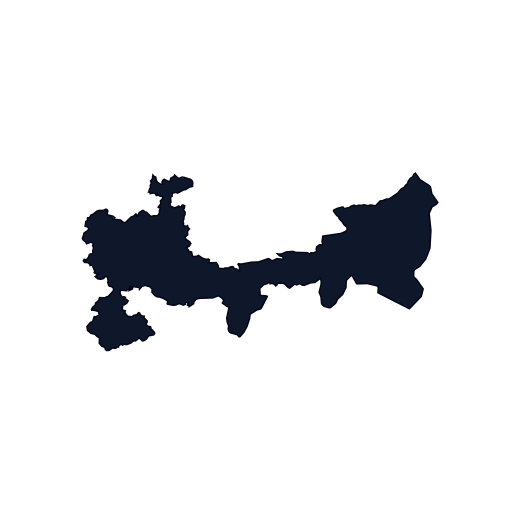 SVG path tracing the border of Gansu, rotated 136°
{"feature_id": "CHN-1150", "entity_name": "Gansu", "entity_type": "Province", "adm_level": 1, "iso_a3": "CHN", "parent_name": "China", "parent_adm1": "", "projection": "albers", "projection_center": [103.309, 37.691], "detail": "fine", "context": "isolated", "style": "filled", "palette": "ink", "viewbox_px": 512, "rotation_deg": 136, "n_neighbors": 0, "source": "natural_earth", "source_scale": "10m", "svg_char_len": 6157}
<svg xmlns="http://www.w3.org/2000/svg" viewBox="0 0 512 512"><g transform="rotate(136 256 256)"><path d="M165.2,112.1L182.3,111.5L193.8,144.9L189.7,148.5L189.6,150.4L195.2,159.0L202.7,165.8L202.7,166.8L200.3,175.8L208.1,175.7L213.1,170.9L220.3,168.2L227.4,168.3L231.1,166.8L233.2,166.7L238.4,167.2L239.4,168.0L242.0,172.6L242.2,174.6L241.9,176.2L237.7,181.4L235.7,186.1L229.3,190.1L227.2,191.9L224.9,195.2L232.0,196.0L235.4,198.8L241.7,201.4L243.0,202.9L243.6,205.6L246.9,207.0L247.6,208.9L254.1,209.5L254.8,211.2L254.7,215.3L255.4,217.5L259.1,221.0L260.3,221.2L261.5,220.5L262.6,220.8L262.4,223.0L263.6,225.2L265.2,226.2L264.5,227.3L264.8,227.9L266.8,228.2L270.4,230.0L275.9,230.0L280.3,224.8L275.9,219.5L276.0,219.0L288.3,214.8L289.6,214.8L292.6,216.5L300.6,218.2L304.3,215.3L311.4,211.6L317.6,209.6L323.5,209.1L324.3,209.5L324.2,212.5L327.8,218.6L327.8,220.5L326.6,223.0L324.4,224.4L322.7,228.3L320.4,231.5L310.9,238.0L312.0,240.3L312.9,245.5L309.8,246.7L309.8,249.6L310.6,253.5L316.2,255.9L325.8,264.6L328.9,266.5L332.5,266.2L334.0,265.0L339.3,266.0L338.5,266.9L339.5,268.2L337.5,269.7L337.6,270.8L339.1,271.4L340.4,270.3L342.5,271.2L343.9,274.5L345.0,275.5L347.8,276.5L349.8,278.0L353.1,282.8L353.1,283.3L351.1,284.6L350.9,285.8L352.1,289.8L353.8,293.3L355.6,295.6L356.3,298.4L356.1,302.1L353.8,304.2L353.6,307.3L356.2,311.9L359.2,313.4L362.9,313.0L362.1,313.9L362.2,314.8L365.4,319.0L366.1,319.2L367.8,318.1L371.1,319.3L367.1,320.3L366.7,320.8L367.1,321.4L369.4,320.7L373.4,321.1L376.6,324.9L378.1,325.2L380.0,323.1L380.5,321.1L380.6,319.1L379.2,318.4L378.7,317.0L380.9,316.7L379.4,315.1L379.1,312.5L381.8,311.8L384.8,312.5L385.7,313.3L389.7,310.2L388.1,307.4L390.2,306.2L389.6,305.4L390.2,304.6L390.0,301.6L387.3,298.3L385.5,298.4L382.4,296.6L379.9,296.9L379.3,295.7L380.0,294.4L379.6,291.9L378.2,290.4L379.5,289.2L379.4,284.8L380.6,283.9L382.0,283.8L382.8,281.9L382.7,280.9L381.0,278.3L382.3,276.1L381.9,274.3L382.3,271.2L382.8,270.6L384.5,270.4L388.5,273.0L393.1,272.4L395.7,273.0L396.7,273.8L396.9,278.2L401.7,278.6L402.8,280.0L406.1,280.2L410.5,282.0L412.0,284.1L413.9,284.6L414.2,286.2L416.9,286.9L418.1,286.0L418.9,286.7L421.3,287.3L423.1,289.5L427.3,290.2L429.2,291.9L429.3,293.4L428.2,295.3L429.6,298.3L429.3,302.2L425.4,306.0L426.2,308.1L426.3,311.7L428.4,314.9L428.9,319.5L426.6,322.7L421.2,323.3L420.0,322.5L418.6,322.6L414.5,324.8L413.7,323.7L409.1,322.3L409.0,324.1L407.7,325.1L409.9,329.0L411.9,331.2L411.6,331.8L409.2,332.6L405.7,332.4L404.1,333.6L399.8,333.3L397.5,334.8L393.7,330.9L391.4,330.3L390.6,329.6L383.0,330.0L380.9,331.6L381.2,334.3L382.5,336.3L382.3,337.4L381.1,339.9L379.7,340.8L377.4,344.2L378.6,345.9L381.3,345.7L383.9,347.1L385.7,349.5L386.0,352.9L383.1,352.5L381.8,352.9L383.1,353.5L384.0,356.4L382.6,357.0L380.4,362.5L380.7,363.7L382.0,364.4L381.2,365.5L381.6,368.1L383.8,370.5L383.5,372.5L381.9,373.0L380.8,371.4L380.0,371.1L377.6,371.4L374.8,372.8L373.6,372.5L372.8,371.4L371.0,371.5L370.0,373.1L367.2,374.7L366.3,377.1L364.5,377.8L364.4,379.0L365.2,380.6L369.4,382.5L368.8,384.3L369.2,387.8L368.8,389.1L363.6,392.0L359.2,391.2L357.6,391.8L356.7,393.3L358.3,396.1L354.4,399.1L352.6,398.6L350.7,400.5L349.1,399.3L346.1,400.1L343.9,399.2L339.6,398.9L337.6,398.1L333.9,394.7L331.4,394.0L330.9,392.7L331.2,391.6L331.9,390.8L333.4,390.4L334.1,388.5L331.2,384.0L330.9,381.6L333.3,380.5L331.1,379.3L328.3,375.8L328.2,373.0L327.6,371.6L326.4,370.8L318.7,370.8L315.9,369.6L313.3,369.8L313.0,369.3L313.9,367.0L313.5,366.7L310.0,368.4L306.2,367.7L305.3,366.9L305.4,364.9L304.3,363.6L304.2,357.5L301.2,355.8L298.9,353.2L295.5,354.1L294.2,355.6L291.4,357.1L291.1,357.7L292.5,358.5L292.5,359.1L288.4,359.6L286.3,362.2L284.2,362.0L281.7,363.1L283.8,366.3L283.4,367.1L285.2,368.4L284.4,369.2L285.6,369.2L285.1,371.2L285.9,372.4L288.8,374.4L288.1,374.9L288.8,376.5L288.1,376.3L288.3,376.7L286.5,378.0L284.2,378.7L283.0,380.3L280.9,380.9L279.7,383.2L277.1,383.4L273.9,385.9L274.0,384.2L273.3,382.4L274.9,380.1L275.7,377.6L274.8,374.1L272.8,372.4L272.3,374.5L270.7,375.2L268.7,375.0L267.4,371.0L266.2,369.5L263.1,371.2L259.6,370.2L258.3,370.7L258.1,367.3L257.4,365.2L254.6,364.3L253.3,362.9L249.8,356.5L249.6,355.1L250.2,353.1L253.3,350.1L256.1,351.8L260.6,352.7L262.2,353.9L267.8,355.4L268.8,355.9L269.6,357.5L272.7,359.4L274.8,357.2L276.9,357.5L279.8,353.7L281.4,353.5L282.8,351.3L281.4,347.6L279.6,346.4L277.0,345.8L276.0,342.9L274.1,343.9L273.2,343.7L272.4,341.6L274.5,340.1L275.9,340.2L276.5,336.8L278.3,335.1L280.0,334.6L282.6,332.4L284.2,331.9L285.5,329.7L286.7,328.7L286.8,327.8L285.5,325.8L284.2,325.4L285.1,323.7L285.1,321.7L288.0,321.4L290.5,318.6L294.3,318.9L294.7,316.3L293.8,312.4L294.3,310.1L295.4,310.3L296.3,309.5L297.4,309.5L300.5,310.3L300.4,307.5L301.1,305.9L299.5,303.7L302.0,299.6L298.8,296.9L297.0,296.5L296.0,291.7L294.4,288.5L292.2,286.7L292.1,285.6L293.9,284.6L294.0,283.3L289.1,278.8L290.0,275.0L291.2,274.2L291.2,273.0L288.5,269.7L286.8,269.0L283.8,266.3L282.2,266.1L280.0,264.4L279.9,263.5L280.6,262.1L279.0,260.2L278.4,256.8L277.8,256.9L275.3,260.0L274.7,262.6L273.9,262.6L272.3,260.5L263.6,254.7L258.3,250.0L249.3,245.8L248.6,245.2L248.0,242.3L247.2,241.0L242.8,239.6L238.8,234.8L238.0,234.8L237.5,237.3L239.0,239.9L239.0,242.6L237.3,240.6L235.6,239.5L231.3,237.9L226.1,233.5L224.9,231.0L216.6,222.6L216.3,220.4L214.0,220.1L212.8,218.5L209.9,217.3L209.0,217.3L208.0,219.1L205.9,220.5L202.5,220.0L201.2,218.5L200.0,218.0L198.5,220.5L194.1,223.9L179.3,213.3L174.6,211.5L171.9,211.6L170.6,213.8L171.0,216.9L170.3,220.7L170.3,224.1L170.0,225.8L169.3,226.6L169.8,229.0L169.2,234.0L168.8,234.8L168.1,235.0L164.6,233.9L160.0,231.4L159.4,230.7L159.7,228.9L155.3,226.1L153.3,225.9L150.1,224.5L149.4,222.5L146.8,221.2L144.7,218.9L142.9,218.1L140.5,214.4L138.0,213.1L135.2,209.1L128.4,209.4L126.7,208.0L122.6,206.4L120.7,204.6L110.4,202.8L104.9,203.4L101.5,202.4L99.5,203.0L96.8,202.8L94.3,204.1L91.2,204.7L88.1,204.1L85.7,205.2L83.8,204.9L85.0,196.9L82.4,186.2L82.4,184.7L86.3,178.6L88.0,168.2L90.1,167.9L95.3,169.0L101.8,166.4L112.4,152.9L125.6,140.7L136.0,135.9L145.2,134.8L151.0,136.0L153.0,135.5L157.1,131.4L156.8,127.8L158.6,116.2L165.2,112.1Z" fill="#0f172a" stroke="#020617" stroke-width="1.5"/></g></svg>